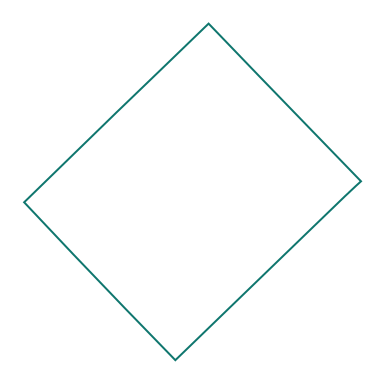 Dodge, Minnesota, United States of America, rotated 226°
{"feature_id": "52423323B23737543876644", "entity_name": "Dodge", "entity_type": "district", "adm_level": 2, "iso_a3": "USA", "parent_name": "United States of America", "parent_adm1": "Minnesota", "projection": "robinson", "projection_center": [-92.863, 44.023], "detail": "fine", "context": "isolated", "style": "outline", "palette": "teal", "viewbox_px": 384, "rotation_deg": 226, "n_neighbors": 0, "source": "geoboundaries", "source_scale": "gbopen_adm2", "svg_char_len": 346}
<svg xmlns="http://www.w3.org/2000/svg" viewBox="0 0 384 384"><g transform="rotate(226 192 192)"><path d="M301.2,64.1L229.6,63.3L154.4,63.0L85.4,63.2L82.6,63.2L82.7,256.4L82.7,299.1L82.5,313.9L82.3,321.0L151.5,320.9L229.5,320.8L295.0,320.9L301.6,320.9L301.6,256.7L301.7,192.7L301.2,64.1Z" fill="none" stroke="#0f766e" stroke-width="2"/></g></svg>